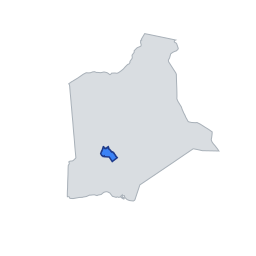 Kitui East, Eastern, Kenya (highlighted), rotated 56°
{"feature_id": "3690345B42600282373755", "entity_name": "Kitui East", "entity_type": "district", "adm_level": 2, "iso_a3": "KEN", "parent_name": "Kenya", "parent_adm1": "Eastern", "projection": "albers", "projection_center": [38.352, -1.41], "detail": "fine", "context": "in_parent", "style": "filled", "palette": "blue", "viewbox_px": 256, "rotation_deg": 56, "n_neighbors": 0, "source": "geoboundaries", "source_scale": "gbopen_adm2", "svg_char_len": 4618}
<svg xmlns="http://www.w3.org/2000/svg" viewBox="0 0 256 256"><g transform="rotate(56 128 128)"><path d="M58.2,152.4L58.1,149.4L58.5,141.8L58.4,135.2L58.8,131.8L60.4,129.7L61.2,128.2L61.7,126.0L62.6,124.3L64.5,122.9L64.9,122.1L66.9,119.7L68.1,116.6L69.1,115.6L70.2,114.6L71.1,114.1L72.4,113.6L73.5,113.3L73.7,113.1L73.8,112.6L73.4,110.7L73.9,110.1L74.6,108.8L75.4,107.7L76.2,106.9L76.6,106.1L76.8,104.8L76.8,103.9L76.8,102.3L76.5,98.8L75.7,95.9L75.1,92.7L75.5,91.6L74.8,89.7L74.5,89.6L73.9,89.1L73.2,87.3L72.6,85.7L72.3,85.3L69.9,83.9L68.7,80.5L67.4,79.7L66.7,76.3L66.6,75.4L67.3,72.0L67.2,71.3L66.4,70.5L64.2,69.8L62.4,68.4L62.7,68.0L62.8,67.5L61.8,67.1L59.1,61.4L62.6,57.9L66.2,54.4L70.7,50.0L74.9,45.9L78.5,42.4L81.7,39.3L81.6,39.9L81.7,40.7L82.1,41.2L82.7,41.5L83.6,41.1L84.5,40.6L85.2,40.5L90.1,41.8L90.9,43.0L90.9,44.2L91.1,45.1L90.7,46.0L90.3,48.6L90.4,51.1L91.9,52.9L93.2,54.4L94.2,56.4L95.0,57.0L96.0,57.3L99.4,57.4L104.3,57.5L109.1,57.6L109.5,57.7L110.5,57.9L114.9,60.7L118.9,63.2L122.3,65.3L125.6,67.4L128.8,69.5L131.2,71.2L133.7,71.7L137.7,71.9L140.4,72.0L142.9,72.7L146.7,73.4L149.5,73.7L151.2,74.1L156.0,74.5L156.7,74.3L158.8,72.4L161.2,69.3L162.1,67.7L165.1,66.0L170.4,63.7L174.1,62.0L178.3,60.4L180.2,61.8L182.8,64.1L183.9,65.3L184.9,65.8L186.3,66.1L188.0,66.1L188.9,66.1L190.9,65.8L195.3,65.5L197.9,65.5L195.7,68.6L193.1,72.3L188.4,79.0L184.7,82.5L182.0,85.2L181.7,85.7L181.7,88.7L181.7,96.0L181.8,110.7L181.8,125.4L181.8,140.1L181.8,147.5L181.8,150.0L184.2,153.1L186.5,156.1L189.6,160.1L191.3,162.3L191.6,163.0L191.5,164.4L188.9,167.4L186.8,168.8L184.0,169.4L183.2,169.3L182.1,168.8L181.6,169.6L181.3,170.7L180.7,170.4L180.2,170.1L180.5,172.1L180.8,173.1L180.4,174.4L179.0,175.6L178.9,176.6L175.9,179.1L171.7,179.4L169.5,180.7L168.6,181.7L167.8,184.0L168.1,187.5L166.9,190.2L166.7,191.5L164.5,193.3L163.6,194.9L162.8,196.5L162.2,197.2L161.5,200.9L160.5,203.1L160.2,203.8L160.0,204.5L159.2,205.8L158.7,206.7L158.3,207.3L155.8,213.0L153.8,215.5L152.2,215.3L151.2,216.2L151.1,216.7L150.5,216.4L149.2,215.5L146.5,213.6L143.9,211.6L141.2,209.7L138.5,207.8L135.8,205.8L133.2,203.9L130.5,202.0L127.8,200.1L126.2,198.9L125.5,198.3L125.0,196.9L124.7,196.6L124.0,196.2L123.2,196.1L122.9,195.8L122.9,195.2L123.2,194.3L124.2,192.5L124.3,191.4L124.1,190.3L123.8,188.4L123.6,187.9L121.8,186.9L118.1,184.9L114.3,182.8L110.6,180.7L106.9,178.6L103.2,176.6L99.4,174.5L95.7,172.4L92.0,170.3L88.3,168.3L84.5,166.2L80.8,164.1L77.1,162.1L73.4,160.0L69.6,157.9L65.9,155.9L62.2,153.8L60.8,153.0L59.5,152.4L58.2,152.4ZM182.0,172.5L181.4,172.6L181.7,171.6L183.7,170.4L184.4,170.6L184.6,170.9L184.5,171.2L184.2,171.5L182.0,172.5Z" fill="#d9dde1" stroke="#a8b0b8" stroke-width="1"/><path d="M146.6,153.5L146.4,153.5L146.2,153.5L145.9,153.6L145.7,153.6L145.4,153.7L145.3,153.8L145.2,153.8L144.9,153.8L144.7,153.9L144.4,153.8L144.2,153.8L144.2,153.7L143.9,153.6L143.7,153.6L143.4,153.7L143.2,153.7L142.9,153.7L142.7,153.7L142.0,153.8L141.8,153.8L141.6,153.8L141.4,153.6L141.2,153.6L140.9,153.7L140.7,153.7L140.6,153.8L140.5,154.0L140.4,154.0L139.2,154.0L138.9,154.9L138.8,155.0L138.7,155.0L138.6,154.9L138.4,154.9L138.3,155.0L138.2,155.0L137.9,155.2L137.7,155.2L137.4,155.1L137.3,154.9L137.2,154.9L137.0,155.0L136.9,155.0L136.7,155.0L136.4,155.1L135.4,155.2L135.4,155.3L135.3,155.5L135.2,155.5L135.2,155.4L134.9,155.4L134.7,155.5L134.4,155.6L134.2,155.7L133.9,155.7L133.8,155.4L133.7,155.2L133.4,155.0L132.5,154.8L132.5,155.0L132.4,155.4L132.4,155.5L132.4,155.8L132.4,156.0L132.4,156.3L132.5,156.4L132.5,156.6L132.6,156.8L132.6,157.0L132.7,157.4L132.7,157.5L132.8,157.6L132.8,157.9L132.8,158.1L132.9,158.3L133.0,158.3L132.9,158.3L132.7,158.3L132.7,158.2L132.6,158.3L132.3,158.2L132.3,158.3L132.2,158.3L132.0,158.2L131.9,158.2L131.8,158.3L131.8,158.5L131.7,158.7L131.7,158.8L131.4,158.8L131.2,158.9L130.9,158.9L130.7,158.9L130.6,158.7L130.4,158.7L130.2,158.6L129.9,158.7L129.9,158.8L129.7,158.9L129.7,159.0L129.8,159.1L130.0,159.0L130.2,159.3L130.3,159.3L130.5,159.4L130.5,159.5L130.4,159.7L130.5,159.8L130.5,160.0L130.7,160.3L130.8,160.3L131.0,160.5L131.2,160.8L131.3,161.0L131.5,161.1L131.6,161.3L131.8,161.5L131.9,161.8L132.0,162.0L132.3,162.2L132.4,162.3L132.5,162.4L132.5,162.5L132.4,162.7L132.5,162.8L132.5,163.0L132.8,163.3L132.9,163.5L133.3,164.0L133.5,164.3L134.0,165.0L135.7,165.1L136.0,165.2L136.3,165.1L136.5,165.0L136.5,164.9L136.6,164.7L136.8,164.6L137.0,164.6L137.3,164.6L137.5,164.6L137.5,164.4L137.7,164.2L137.8,164.2L137.9,163.9L138.0,163.9L138.0,163.7L138.1,163.8L138.3,163.9L138.5,163.7L141.2,160.2L141.3,160.1L141.6,159.8L147.0,159.8L146.6,153.5Z" fill="#3b82f6" stroke="#1e3a8a" stroke-width="1.5"/></g></svg>